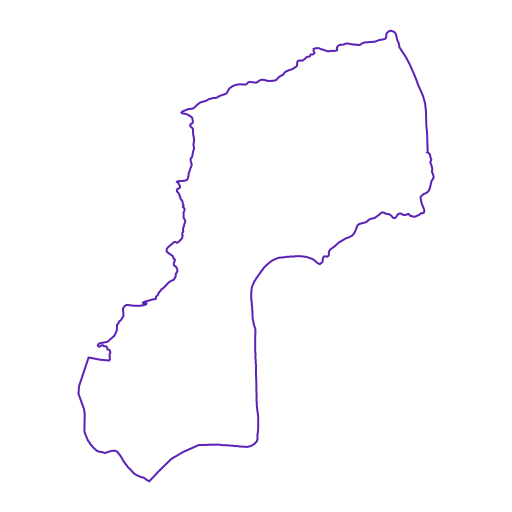 Nacala, Nampula, Mozambique (Albers equal-area conic projection)
{"feature_id": "85939544B80255250880532", "entity_name": "Nacala", "entity_type": "district", "adm_level": 2, "iso_a3": "MOZ", "parent_name": "Mozambique", "parent_adm1": "Nampula", "projection": "albers", "projection_center": [40.711, -14.547], "detail": "fine", "context": "isolated", "style": "outline", "palette": "violet", "viewbox_px": 512, "rotation_deg": 0, "n_neighbors": 0, "source": "geoboundaries", "source_scale": "gbopen_adm2", "svg_char_len": 5980}
<svg xmlns="http://www.w3.org/2000/svg" viewBox="0 0 512 512"><path d="M319.9,264.1L320.2,263.7L321.5,262.9L322.6,261.6L322.8,258.6L323.7,256.6L325.2,256.3L327.2,256.7L328.7,255.7L329.0,251.7L330.1,249.6L334.3,246.6L339.0,242.4L345.8,238.4L349.1,237.2L352.2,235.6L353.9,233.7L355.2,231.2L357.5,225.4L359.2,224.0L365.4,222.4L367.4,221.2L368.7,219.8L371.0,218.7L373.6,218.3L375.0,217.7L379.2,214.7L380.6,213.2L381.9,212.4L384.1,212.7L385.3,213.6L389.5,214.3L391.7,216.1L392.5,217.2L393.6,218.0L394.7,218.1L396.0,217.3L397.7,214.5L399.2,213.6L400.8,213.5L402.4,214.5L404.9,215.2L408.2,213.9L409.6,214.9L410.2,215.9L411.5,216.0L412.8,216.6L415.2,216.7L417.3,215.6L418.4,215.4L421.3,213.1L422.3,213.3L423.7,212.9L424.4,210.6L423.5,207.8L421.7,203.6L420.6,198.4L420.7,196.8L422.2,195.2L423.7,194.0L426.6,192.9L428.7,190.8L429.8,188.5L431.6,180.8L432.6,179.7L433.5,178.0L433.5,175.8L432.1,172.2L432.0,170.8L432.3,169.3L431.8,166.6L430.3,162.2L431.3,159.6L430.4,157.2L429.9,154.5L429.2,153.5L427.8,152.7L428.1,152.6L427.6,150.9L427.1,133.2L426.3,125.1L426.0,111.7L425.1,103.3L423.0,95.9L417.5,83.4L417.5,82.8L414.3,74.8L409.7,64.3L405.9,57.1L399.3,47.1L399.2,45.0L398.8,43.4L397.3,40.2L397.1,39.0L395.8,34.1L395.0,32.8L394.1,31.9L392.4,31.2L391.0,30.7L390.3,30.8L389.1,31.2L387.7,32.2L386.6,33.3L386.0,37.6L385.3,38.7L384.1,39.2L379.0,40.1L374.8,41.7L364.3,42.5L361.8,43.6L360.3,44.7L358.8,45.0L354.8,44.5L352.6,44.5L348.0,43.5L346.0,43.5L343.6,44.6L339.7,44.9L338.5,45.6L337.4,46.7L336.8,48.0L337.2,49.2L337.2,50.0L336.2,50.7L333.3,51.0L331.0,50.8L329.3,51.3L327.0,51.1L322.0,49.3L321.0,49.3L319.3,48.3L317.8,48.1L315.4,48.3L313.6,48.9L313.6,51.0L314.5,52.9L313.3,54.2L312.7,54.4L310.8,54.5L310.4,54.8L310.1,56.0L309.5,56.6L307.8,56.7L306.5,57.2L304.7,59.1L302.5,60.6L299.2,60.5L297.8,61.1L297.3,62.2L297.0,65.6L296.4,66.5L291.9,69.4L289.6,69.9L287.8,70.8L286.0,71.4L284.7,72.5L283.1,74.7L280.3,76.1L278.7,77.4L276.0,80.1L273.2,80.8L269.8,81.0L266.1,80.7L265.7,80.2L262.3,79.7L260.7,80.0L259.3,80.6L257.3,82.2L255.9,82.7L249.7,81.9L248.5,82.2L245.8,84.6L239.7,84.3L237.2,84.6L234.4,85.3L232.1,86.5L229.2,88.6L226.7,93.2L224.9,94.2L221.3,95.3L218.1,96.7L217.3,97.5L215.0,98.0L213.1,98.0L208.7,99.2L206.3,100.7L200.2,102.5L197.1,104.8L194.2,107.8L192.2,108.7L188.7,109.0L186.5,109.8L182.4,111.5L181.5,112.6L181.9,113.2L182.9,113.5L185.6,113.9L187.5,114.5L191.7,117.1L192.3,118.3L192.9,121.3L192.8,122.5L192.2,123.3L191.0,123.9L190.3,124.8L190.2,125.9L191.3,127.3L192.5,128.1L193.0,129.5L193.1,133.9L193.8,137.4L194.0,140.0L194.0,141.3L193.5,143.9L193.4,145.3L193.9,146.7L194.0,147.9L193.9,149.3L193.2,151.1L192.2,156.5L191.6,157.7L190.8,158.3L190.6,159.2L190.7,161.1L191.7,164.2L191.5,165.7L191.1,166.9L190.4,168.2L189.7,170.9L188.9,172.6L188.4,176.3L187.5,179.1L187.0,179.8L184.9,180.7L178.3,181.2L177.1,181.6L176.9,182.0L178.2,182.6L180.0,186.4L180.0,187.3L179.5,188.1L178.6,188.4L177.1,189.3L176.9,190.0L176.9,191.2L179.2,194.1L179.6,195.9L180.1,196.5L180.4,198.4L181.3,199.9L181.9,200.3L182.5,201.5L182.8,204.1L183.5,205.0L183.6,205.6L183.0,206.3L182.9,207.1L184.2,208.2L184.6,208.9L184.4,210.6L183.6,212.4L183.6,217.2L183.9,218.3L185.2,220.5L185.2,221.3L185.0,222.5L184.2,224.5L184.1,225.6L183.1,228.2L183.0,229.5L183.3,231.6L182.3,233.1L182.2,235.0L182.7,235.6L182.0,238.3L178.5,242.0L176.9,242.8L175.8,242.1L174.6,242.0L173.7,242.4L168.2,247.1L166.9,248.7L166.6,250.1L166.7,251.5L167.7,252.5L172.8,256.1L173.3,257.2L173.4,258.2L174.0,259.0L174.8,259.4L174.8,260.7L174.2,262.0L173.7,264.2L173.9,265.1L174.6,265.9L175.4,266.3L176.0,266.8L176.8,268.3L177.3,269.5L177.4,271.3L176.7,272.6L175.9,273.6L175.5,276.8L174.2,279.1L173.3,280.1L171.4,280.7L168.8,282.3L164.0,287.5L161.3,289.5L160.4,291.1L159.2,291.9L158.0,294.7L155.9,296.9L155.8,298.8L155.3,299.2L154.0,299.2L151.8,299.7L143.7,302.0L142.9,302.8L143.4,303.5L146.1,303.1L146.5,303.4L146.3,304.2L145.0,304.8L142.7,305.4L139.1,305.8L136.2,305.8L132.4,305.6L127.6,304.9L125.9,305.2L124.9,305.9L123.8,307.2L123.0,308.5L123.4,314.4L123.3,316.6L121.8,318.3L121.6,319.3L120.6,320.4L119.5,321.1L118.6,322.4L118.4,323.5L117.0,324.7L116.9,330.1L115.2,334.1L114.0,336.1L109.3,340.1L108.5,341.1L107.5,341.8L99.7,343.3L98.1,344.5L97.8,345.6L98.9,346.8L102.2,345.2L103.0,345.3L103.8,346.2L106.4,346.4L106.9,347.2L107.6,349.5L108.8,349.6L109.6,350.1L110.4,352.4L109.6,353.9L109.8,359.7L109.1,360.5L100.0,359.7L88.6,357.5L79.0,386.3L78.5,393.8L84.1,409.3L84.1,410.1L84.5,411.6L84.7,414.9L84.4,431.5L85.6,434.9L88.0,440.6L89.6,442.7L90.0,443.8L94.9,449.2L95.8,449.7L96.4,450.6L98.5,451.5L99.9,451.8L101.0,451.8L104.9,453.0L111.5,450.9L115.1,450.7L117.5,451.9L118.4,453.5L119.3,454.0L119.8,455.0L121.4,457.3L124.0,462.0L125.3,463.3L125.6,464.3L126.9,465.5L127.7,466.9L131.6,470.7L131.9,471.6L133.0,472.2L133.7,473.3L137.1,475.4L139.4,476.3L140.7,477.0L142.0,477.4L143.6,477.5L146.7,479.9L149.3,481.3L158.4,471.6L170.5,459.7L174.3,457.0L175.0,456.8L183.3,451.9L198.8,445.0L203.9,445.0L210.1,444.7L219.8,444.7L220.9,445.0L223.5,445.2L228.5,445.3L229.5,445.6L232.9,445.7L234.0,446.0L237.4,446.1L239.8,446.5L247.4,446.9L251.0,446.0L254.6,443.8L255.5,442.5L256.7,441.7L257.5,439.1L257.4,434.7L257.7,433.7L258.2,428.9L258.2,416.8L256.8,405.9L256.8,403.0L256.5,400.8L256.6,393.7L256.4,392.4L256.3,380.8L255.9,373.5L256.1,365.4L255.7,363.1L255.7,359.7L255.4,358.4L255.5,353.0L255.2,351.9L255.2,335.7L255.4,334.6L255.4,329.3L253.5,323.4L253.5,322.3L252.7,319.0L252.5,315.4L252.5,311.4L252.2,310.1L252.2,306.7L251.8,305.6L251.8,302.5L251.4,300.7L251.2,297.4L251.3,291.2L251.6,289.8L251.6,288.5L252.5,285.3L253.7,283.1L254.0,281.7L255.1,280.5L256.3,278.2L257.4,277.1L257.9,275.9L259.9,273.4L260.8,272.1L261.2,271.1L262.2,270.3L263.8,267.8L267.4,264.3L270.9,261.5L272.3,260.5L274.3,259.7L275.8,258.8L279.9,257.5L282.6,257.5L283.8,257.2L285.1,257.2L286.2,256.8L288.8,256.8L290.1,256.5L294.4,256.5L295.3,256.2L296.3,256.2L300.1,256.2L303.0,256.5L306.3,256.9L312.1,258.9L313.9,259.9L317.8,263.3L319.9,264.1Z" fill="none" stroke="#5b21b6" stroke-width="2"/></svg>